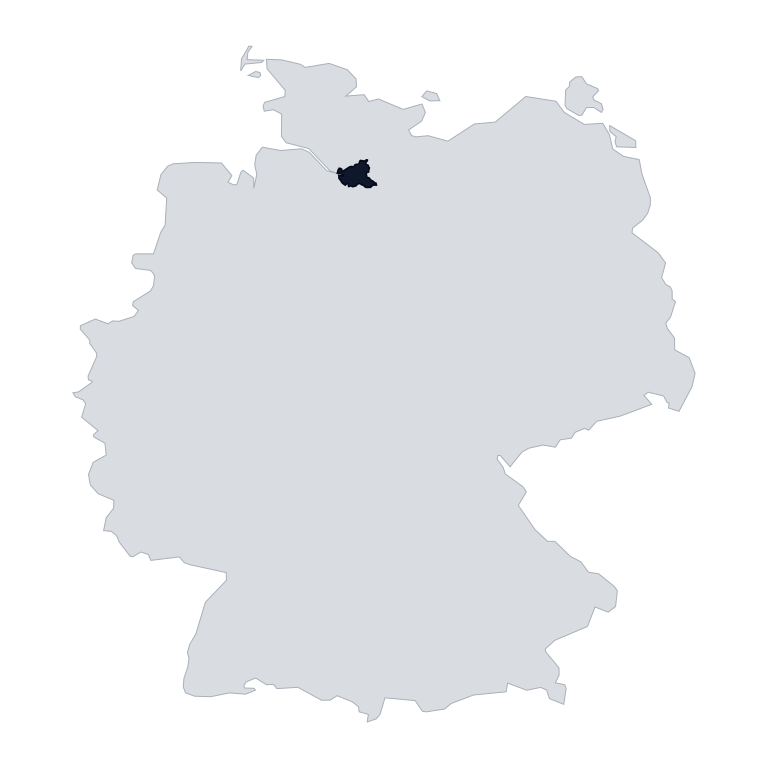 Hamburg on a map of Germany (Natural Earth projection)
{"feature_id": "DEU-1578", "entity_name": "Hamburg", "entity_type": "State", "adm_level": 1, "iso_a3": "DEU", "parent_name": "Germany", "parent_adm1": "", "projection": "natural_earth1", "projection_center": [10.019, 53.566], "detail": "fine", "context": "in_parent", "style": "filled", "palette": "ink", "viewbox_px": 768, "rotation_deg": 0, "n_neighbors": 0, "source": "natural_earth", "source_scale": "10m", "svg_char_len": 5712}
<svg xmlns="http://www.w3.org/2000/svg" viewBox="0 0 768 768"><path d="M321.5,700.2L297.8,687.3L276.9,688.6L273.5,684.4L266.4,684.7L255.6,678.0L246.1,681.9L243.8,685.8L244.5,688.0L254.1,688.3L255.4,690.2L245.6,694.2L229.5,692.9L210.7,696.7L194.8,696.2L185.7,693.0L183.2,687.0L184.0,678.2L187.9,666.6L189.0,658.0L187.4,652.6L189.7,644.4L196.0,633.6L205.4,602.2L226.5,580.2L226.2,572.6L190.2,564.8L184.3,562.7L179.2,556.9L150.8,560.4L148.4,554.5L140.9,552.0L132.9,556.7L130.1,556.2L119.3,542.2L116.6,535.6L111.4,531.4L103.6,530.6L106.2,517.7L113.6,508.2L113.9,500.3L98.2,493.8L90.3,484.9L88.5,474.4L93.2,462.3L106.3,455.0L104.9,443.2L93.9,437.0L93.3,435.0L98.0,430.6L81.7,417.2L85.7,403.7L82.9,399.8L75.4,396.8L72.9,392.8L78.5,391.9L91.6,382.6L92.1,381.1L88.4,379.8L88.1,376.0L96.8,356.3L96.5,353.0L89.7,343.4L89.7,340.0L80.3,329.2L80.4,325.8L95.3,319.0L108.0,323.8L112.7,320.9L119.0,321.3L134.2,316.4L138.4,310.4L132.6,305.5L133.3,301.7L150.5,290.9L153.5,285.7L154.7,275.8L152.5,272.4L150.2,270.3L135.5,268.5L131.7,262.8L133.1,255.3L135.7,253.9L153.5,253.9L160.8,232.1L165.1,225.2L166.7,198.0L157.2,190.0L161.0,174.4L167.8,166.1L173.1,163.8L196.1,162.4L221.5,163.0L231.9,175.6L227.9,182.1L234.1,185.1L237.1,184.0L240.9,172.1L243.1,170.2L253.7,178.1L253.8,188.4L256.8,174.4L254.7,164.7L256.2,155.2L262.3,147.2L280.9,150.5L301.5,148.8L309.3,152.4L326.8,170.7L340.1,174.6L329.9,170.7L308.6,148.5L286.3,142.8L281.4,136.4L281.7,114.1L273.4,109.7L264.3,111.2L263.1,106.2L264.6,102.4L284.8,96.5L285.2,90.4L267.1,68.8L266.4,59.3L281.8,59.9L300.5,64.3L305.1,67.4L329.1,63.4L347.4,69.8L356.0,78.9L356.5,86.8L345.8,96.1L364.1,94.7L368.7,101.5L378.5,99.0L403.2,109.4L422.0,104.0L425.4,112.5L421.7,121.0L408.6,130.0L411.6,135.6L415.8,136.9L428.2,135.7L447.9,141.2L474.3,124.0L495.2,122.1L525.8,96.5L556.0,101.3L564.1,112.3L584.3,124.4L602.7,123.3L609.5,134.8L612.7,149.0L623.5,156.4L639.2,159.6L642.1,174.5L650.4,197.9L650.3,205.2L647.7,213.2L642.8,220.0L632.6,228.1L632.0,232.8L658.3,252.9L665.6,263.0L661.6,277.6L665.9,284.6L670.3,287.0L672.1,290.7L672.2,299.1L675.5,301.6L670.6,316.9L665.8,323.2L667.4,328.5L674.5,338.0L674.7,349.9L689.2,357.6L695.1,373.5L691.8,387.2L679.0,411.3L668.5,408.0L669.1,402.9L667.1,402.5L663.6,396.0L648.2,392.2L643.9,395.3L651.8,404.3L620.0,416.2L596.8,421.2L588.7,430.2L584.5,428.4L575.2,432.3L571.5,438.1L560.2,439.8L555.3,447.2L543.2,445.0L528.5,448.3L521.9,452.1L510.1,466.8L500.3,455.5L497.8,455.5L497.2,459.2L503.1,467.3L505.4,474.1L522.7,486.5L526.4,491.8L518.3,505.4L535.1,529.8L547.7,541.4L554.8,541.3L570.4,556.4L580.7,561.7L588.5,572.2L598.7,573.8L614.2,586.4L617.3,590.7L615.6,606.5L608.1,612.2L595.0,607.0L587.5,626.4L554.8,640.3L545.4,648.8L545.4,651.5L559.0,667.9L559.1,675.2L555.3,682.8L564.8,684.8L566.2,688.7L563.7,704.3L549.4,698.6L546.7,690.1L540.7,687.4L526.7,690.2L507.6,683.1L506.1,691.8L473.6,695.0L451.2,703.5L444.6,709.0L426.8,711.8L422.6,711.4L415.1,700.6L385.0,697.8L380.1,714.2L376.2,718.9L367.2,721.9L368.4,714.4L359.1,711.8L358.6,706.9L352.5,701.9L337.1,695.7L330.3,700.1L321.5,700.2ZM601.4,103.7L603.1,109.5L601.4,112.4L593.8,107.5L586.3,107.6L582.0,115.1L578.6,115.4L566.9,108.6L565.0,105.3L565.7,89.9L569.3,86.6L569.8,81.9L576.1,76.9L581.8,76.7L586.5,83.9L597.6,88.6L598.6,90.7L592.7,96.8L594.1,100.1L601.4,103.7ZM635.6,140.7L635.9,147.5L616.6,146.8L615.0,141.7L616.2,136.7L609.8,131.4L609.7,125.6L635.6,140.7ZM244.9,64.1L240.7,70.9L241.5,58.9L248.9,46.1L252.0,46.4L247.9,52.2L247.1,59.6L263.7,60.3L261.7,62.5L244.9,64.1ZM439.9,100.7L429.7,100.9L421.8,96.6L426.7,90.9L436.6,93.6L439.9,100.7ZM260.8,75.6L258.2,77.6L248.3,75.4L255.7,71.5L259.9,72.5L260.8,75.6Z" fill="#d9dde1" stroke="#a8b0b8" stroke-width="1"/><path d="M338.7,175.2L342.4,175.9L343.3,175.6L342.5,174.5L340.0,173.3L337.2,173.1L337.7,171.4L337.9,170.9L337.9,170.3L338.0,170.1L338.1,169.9L338.2,169.7L338.5,169.5L338.7,169.3L338.8,169.1L338.9,168.5L339.1,168.2L339.3,168.2L339.6,168.2L340.4,168.4L340.9,168.6L341.1,168.8L341.6,169.0L341.8,169.2L341.9,169.5L341.7,170.2L341.6,170.6L341.6,170.8L341.6,171.0L341.8,171.2L342.0,171.3L343.1,171.0L349.7,166.8L351.4,166.4L353.2,166.7L353.5,166.7L353.9,166.6L354.1,166.3L354.8,165.0L355.1,164.7L355.5,164.5L356.3,164.3L356.7,164.2L357.2,164.2L358.0,164.3L358.6,164.1L358.9,163.8L359.8,161.1L360.0,160.8L360.3,160.5L360.5,160.5L360.6,160.4L360.8,160.4L364.0,161.0L364.4,161.0L364.8,160.8L366.0,160.0L366.4,159.8L366.7,159.8L367.1,159.8L367.4,159.9L367.5,160.0L367.4,160.7L367.3,160.9L366.6,161.7L365.9,162.7L365.6,163.3L365.6,163.5L365.9,164.0L368.2,165.4L368.3,165.4L368.3,165.9L368.4,166.4L368.5,166.9L368.9,167.2L369.2,167.3L369.4,167.5L369.4,167.9L369.3,168.5L369.3,168.8L369.0,169.2L368.9,169.5L368.8,170.6L368.7,171.8L368.7,172.0L368.3,172.3L367.6,172.5L366.5,172.8L366.3,172.9L366.1,173.0L366.1,173.3L366.2,173.7L366.6,175.1L366.7,175.8L366.7,176.4L366.8,176.8L367.0,177.2L367.8,177.5L368.9,177.7L369.4,178.2L371.1,180.3L372.6,180.9L373.1,181.3L375.5,183.2L375.9,183.1L376.0,183.1L376.2,183.6L376.5,185.1L373.6,185.1L373.0,185.3L372.4,185.6L370.9,187.1L370.7,187.4L367.0,187.5L365.9,187.4L364.8,186.8L364.1,186.0L363.3,185.3L362.0,185.0L361.2,184.5L360.1,183.6L359.6,183.6L357.1,184.2L356.7,184.4L356.5,184.6L356.5,184.8L356.6,185.0L356.6,185.4L356.4,185.6L355.3,186.1L353.6,186.6L352.9,186.7L352.4,186.7L351.2,186.0L350.9,186.0L350.4,186.0L349.1,186.6L348.7,186.6L348.5,186.4L348.4,186.1L348.4,185.3L348.2,184.4L347.8,183.9L347.6,183.7L347.2,183.7L346.7,183.9L346.3,184.1L345.5,185.1L345.2,185.2L342.8,183.5L342.3,183.0L341.9,182.6L341.5,182.0L341.2,181.5L340.9,180.7L340.7,180.4L340.6,180.2L340.2,180.0L340.0,179.8L339.9,179.6L339.8,179.3L339.6,179.1L339.0,178.6L338.8,175.6L338.7,175.2Z" fill="#0f172a" stroke="#020617" stroke-width="1.5"/></svg>